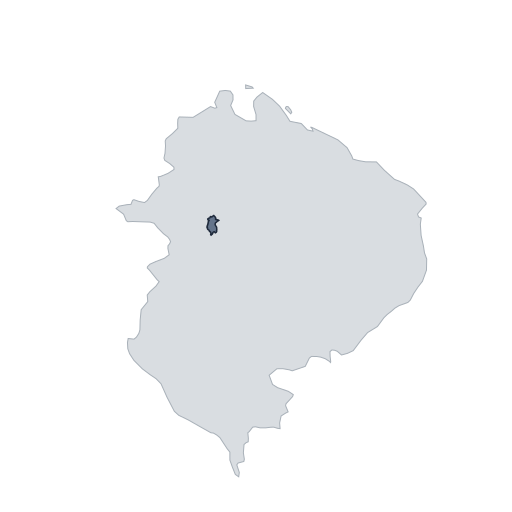 Srei Santhor, Kâmpóng Cham, Cambodia shown in context, rotated 139°
{"feature_id": "14789045B31299536957784", "entity_name": "Srei Santhor", "entity_type": "district", "adm_level": 2, "iso_a3": "KHM", "parent_name": "Cambodia", "parent_adm1": "Kâmpóng Cham", "projection": "natural_earth1", "projection_center": [105.161, 11.842], "detail": "fine", "context": "in_parent", "style": "filled", "palette": "slate", "viewbox_px": 512, "rotation_deg": 139, "n_neighbors": 0, "source": "geoboundaries", "source_scale": "gbopen_adm2", "svg_char_len": 5557}
<svg xmlns="http://www.w3.org/2000/svg" viewBox="0 0 512 512"><g transform="rotate(139 256 256)"><path d="M413.9,100.7L414.9,104.7L412.3,112.2L409.6,119.1L404.4,125.1L404.2,129.5L402.4,142.6L403.1,146.8L404.3,150.3L406.0,152.2L410.6,165.1L414.7,176.8L418.8,186.4L419.5,192.4L415.8,207.8L411.5,221.9L411.9,228.9L413.8,236.0L415.8,245.4L416.6,257.4L415.5,265.2L413.6,270.1L409.8,275.0L406.6,277.6L402.6,273.3L399.5,273.2L395.3,274.4L392.1,276.4L385.4,283.7L377.9,290.8L367.6,292.6L363.7,297.9L359.4,298.7L351.2,298.9L345.9,300.2L346.2,302.8L345.7,315.3L345.9,318.3L345.0,319.1L341.4,319.4L335.1,317.5L326.7,314.4L320.7,313.9L317.6,319.4L315.7,321.5L313.5,321.8L311.1,322.8L310.3,325.3L310.1,328.3L311.2,333.5L311.7,341.8L311.4,347.5L313.6,351.0L326.5,363.0L330.3,366.0L330.7,367.8L328.5,374.4L330.5,383.6L326.5,383.4L319.7,379.4L316.5,377.0L312.6,379.0L311.2,378.6L308.6,374.1L305.1,369.5L301.6,369.2L294.0,371.0L286.4,372.2L283.5,372.2L282.3,373.1L277.8,379.9L275.9,378.7L268.2,376.1L261.1,375.1L259.7,376.9L260.5,382.5L262.1,388.0L261.2,390.3L257.3,393.2L252.1,398.4L249.0,402.4L246.8,403.4L239.0,403.2L231.2,403.7L228.1,407.5L225.2,410.5L222.7,411.3L212.5,401.9L192.3,398.6L190.1,394.5L188.2,393.7L186.3,399.1L175.2,404.2L170.6,401.1L167.2,397.3L167.7,392.7L170.9,388.9L176.4,386.2L179.0,376.7L174.8,364.5L171.1,360.9L167.2,358.1L163.2,362.7L159.7,370.4L156.1,374.4L151.1,375.3L143.7,375.0L140.8,363.4L139.9,353.5L140.9,342.1L142.0,335.4L134.9,326.2L134.5,317.4L131.1,312.8L130.1,315.1L130.2,317.6L129.2,315.8L118.0,289.9L116.2,277.9L118.1,268.7L119.3,265.6L116.0,260.7L111.5,255.2L103.4,248.0L102.9,236.5L101.2,223.0L98.8,218.5L95.1,210.1L93.1,203.2L92.5,185.0L93.5,183.6L99.2,183.0L106.6,181.7L107.7,178.8L106.4,176.3L111.1,172.2L117.9,163.2L123.1,153.7L126.8,147.8L129.1,141.8L136.6,133.5L147.0,127.7L154.1,126.3L161.4,124.3L168.5,121.5L171.8,121.3L180.6,124.7L185.3,125.5L190.3,125.5L195.4,125.8L199.9,125.5L210.6,123.1L222.0,125.0L232.1,123.5L244.7,120.8L250.8,122.5L256.4,125.2L257.2,130.8L258.5,133.3L260.4,135.3L262.9,135.3L266.1,131.4L268.8,127.4L269.6,126.7L269.8,128.6L271.1,133.0L273.5,137.2L275.9,140.1L280.0,143.8L282.6,144.0L291.2,140.4L304.0,145.6L305.5,148.2L309.7,153.4L314.2,157.2L324.3,157.4L327.8,148.2L326.1,142.5L320.4,132.7L318.8,126.9L320.6,125.9L330.3,124.8L331.9,123.6L334.0,117.3L336.7,118.0L342.0,118.8L347.7,114.5L351.1,109.9L352.9,112.0L354.9,115.2L357.1,117.0L361.2,119.8L365.7,123.7L368.5,127.5L370.8,129.0L376.5,127.9L378.1,128.0L381.4,123.4L383.8,120.9L385.8,121.6L388.7,121.6L394.7,115.7L398.1,110.3L400.0,108.9L405.3,111.5L407.5,111.0L410.6,103.6L413.9,100.7ZM137.0,348.1L135.9,348.8L134.9,348.8L133.8,347.7L133.9,343.6L134.7,341.0L136.5,340.5L137.0,348.1ZM153.9,389.1L151.6,391.9L148.0,386.1L148.0,384.5L153.9,389.1Z" fill="#d9dde1" stroke="#a8b0b8" stroke-width="1"/><path d="M260.7,307.3L260.8,307.7L260.9,307.9L261.0,308.0L261.2,308.3L261.3,308.5L261.5,308.8L261.7,309.0L261.8,309.1L261.9,309.3L262.0,309.3L262.2,309.5L262.3,309.7L262.4,309.8L262.4,310.0L262.4,310.3L262.2,310.5L261.9,310.8L261.8,310.7L261.7,310.7L261.6,310.8L261.5,311.0L261.5,311.3L261.4,311.4L261.4,311.5L261.4,311.8L261.3,312.1L261.3,312.4L261.2,312.5L261.2,312.8L261.3,313.0L261.3,313.3L261.3,313.6L261.3,313.8L261.3,314.1L261.3,314.3L261.5,314.4L261.8,314.4L262.0,314.4L262.3,314.4L262.5,314.4L262.8,314.4L263.1,314.4L263.4,314.4L263.5,314.4L263.6,314.5L263.8,314.5L263.9,314.8L264.0,314.9L264.0,315.0L264.1,315.3L264.3,315.5L264.5,315.6L264.8,315.6L265.0,315.5L265.1,315.4L265.3,315.3L265.4,315.2L265.5,315.1L265.8,315.1L266.0,315.1L266.3,315.2L266.5,315.3L266.8,315.5L267.1,315.6L267.3,315.6L267.5,315.6L267.8,315.6L268.1,315.6L268.2,315.4L268.3,315.2L268.5,315.0L268.5,314.9L268.5,314.7L268.4,314.5L268.4,314.4L268.2,314.2L268.0,313.9L268.0,313.7L268.3,313.6L268.5,313.7L268.8,313.6L268.9,313.4L269.0,313.3L269.1,313.2L269.3,313.2L269.5,313.2L269.8,313.0L270.0,312.9L270.0,312.7L270.2,312.4L270.3,312.2L270.5,312.1L270.9,312.0L271.0,312.0L271.2,311.9L271.3,311.8L271.4,311.6L271.5,311.5L271.8,311.5L271.9,311.4L272.0,311.1L272.3,311.0L272.5,311.0L272.7,310.9L272.8,310.8L273.0,310.8L273.1,310.7L273.3,310.5L273.4,310.4L273.5,310.2L273.6,309.9L273.8,310.0L274.0,310.0L274.0,309.9L274.2,309.6L274.3,309.3L274.3,309.2L274.5,309.0L274.5,308.9L274.5,308.7L274.7,308.3L274.8,308.2L274.9,307.9L274.8,307.6L274.8,307.4L274.8,307.1L274.7,306.9L274.6,306.7L274.6,306.4L274.6,306.2L274.6,305.7L274.8,305.5L274.9,305.4L274.9,305.2L274.9,304.9L274.9,304.7L274.7,304.4L274.6,304.1L274.6,303.9L274.7,303.7L274.8,303.5L274.9,303.4L275.0,303.2L275.1,302.8L275.3,302.4L275.5,302.3L275.7,302.2L275.8,302.1L276.0,302.1L276.2,301.8L276.2,301.7L276.2,301.3L276.2,301.2L275.9,301.2L275.6,301.2L275.2,301.2L274.8,301.2L274.6,301.2L274.1,301.3L273.9,301.4L273.8,301.7L273.6,301.8L273.4,301.9L273.2,301.9L272.8,302.0L272.5,302.0L272.3,302.0L271.9,301.9L271.7,301.8L271.5,301.6L271.5,301.1L271.5,300.7L271.5,300.2L271.2,300.1L270.9,300.1L270.5,300.0L270.4,300.0L270.1,300.1L269.8,300.2L269.5,300.4L269.2,300.7L269.1,300.8L269.1,301.1L268.8,301.3L268.4,301.6L268.1,301.8L267.9,302.2L267.5,302.7L267.2,303.1L267.0,303.3L266.9,303.6L266.8,303.8L266.8,304.0L266.7,304.1L266.7,304.5L266.6,305.1L266.6,305.3L266.5,305.8L266.4,306.1L266.3,306.3L266.2,306.6L265.9,306.8L265.8,307.0L265.6,307.1L265.3,307.3L265.2,307.4L265.1,307.5L264.9,307.5L264.7,307.6L264.2,307.6L263.9,307.5L263.7,307.5L263.2,307.5L262.9,307.6L262.7,307.6L262.4,307.6L261.9,307.5L261.7,307.4L261.4,307.3L261.1,307.3L260.9,307.3L260.7,307.3Z" fill="#64748b" stroke="#1e293b" stroke-width="1.5"/></g></svg>